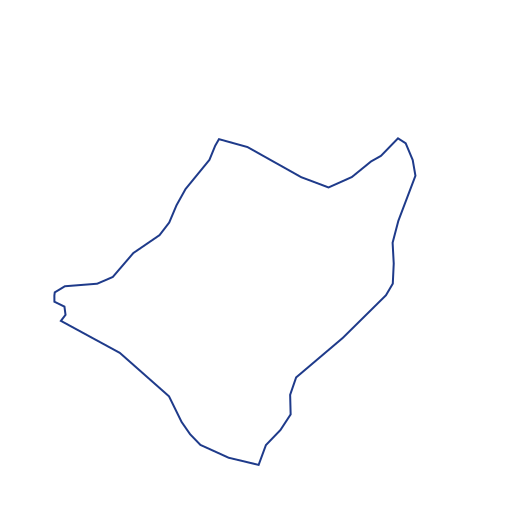 the border of Bayburt, rotated 309°
{"feature_id": "TUR-3032", "entity_name": "Bayburt", "entity_type": "Province", "adm_level": 1, "iso_a3": "TUR", "parent_name": "Turkey", "parent_adm1": "", "projection": "robinson", "projection_center": [40.231, 40.313], "detail": "fine", "context": "isolated", "style": "outline", "palette": "blue", "viewbox_px": 512, "rotation_deg": 309, "n_neighbors": 0, "source": "natural_earth", "source_scale": "10m", "svg_char_len": 706}
<svg xmlns="http://www.w3.org/2000/svg" viewBox="0 0 512 512"><g transform="rotate(309 256 256)"><path d="M247.1,375.0L186.9,363.6L169.6,369.9L154.7,382.6L136.2,384.5L115.3,382.7L95.3,389.5L82.0,361.7L74.2,331.7L76.0,317.0L80.2,302.6L92.2,276.7L95.0,211.2L82.8,145.2L90.4,145.0L96.1,139.0L93.6,128.1L98.5,124.1L101.1,122.5L112.2,126.5L134.5,150.0L149.6,157.9L181.1,158.8L211.5,167.9L227.4,167.5L245.4,162.3L263.7,159.1L301.4,159.3L316.0,154.9L323.5,153.7L335.3,180.8L345.7,241.5L354.9,269.2L377.7,280.8L401.9,285.9L412.5,290.1L436.8,292.3L437.8,301.4L429.2,317.4L418.7,329.4L372.9,344.5L352.3,353.8L336.8,367.8L320.6,379.7L307.3,381.7L247.1,375.0Z" fill="none" stroke="#1e3a8a" stroke-width="2"/></g></svg>